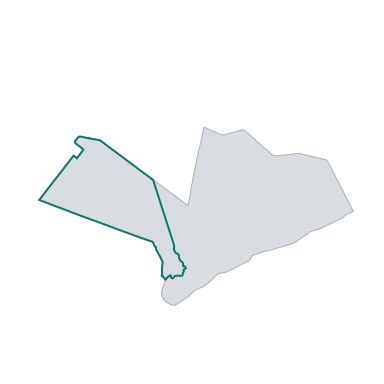 Jordan, with Mafraq highlighted, rotated 233°
{"feature_id": "JOR-850", "entity_name": "Mafraq", "entity_type": "Province", "adm_level": 1, "iso_a3": "JOR", "parent_name": "Jordan", "parent_adm1": "", "projection": "mercator", "projection_center": [37.07, 32.534], "detail": "fine", "context": "in_parent", "style": "outline", "palette": "teal", "viewbox_px": 384, "rotation_deg": 233, "n_neighbors": 0, "source": "natural_earth", "source_scale": "10m", "svg_char_len": 2858}
<svg xmlns="http://www.w3.org/2000/svg" viewBox="0 0 384 384"><g transform="rotate(233 192 192)"><path d="M122.9,104.6L128.4,105.9L131.6,108.8L137.0,117.0L145.3,119.3L148.6,121.7L153.2,126.0L158.7,127.6L176.3,130.3L190.3,121.2L202.1,113.5L215.6,104.7L224.8,98.7L240.4,88.6L250.7,82.1L264.2,73.6L277.6,65.2L281.3,78.9L284.9,92.3L288.7,106.1L292.3,119.5L288.4,120.7L291.5,131.0L296.6,129.4L302.1,128.2L304.5,134.8L296.8,142.1L289.2,149.2L287.4,150.0L277.4,152.9L257.0,159.0L243.3,163.0L225.8,168.2L211.3,172.5L196.9,176.7L183.5,180.7L191.1,188.9L202.8,201.6L210.5,210.0L219.7,220.8L227.8,230.4L236.5,240.6L230.4,244.0L220.4,249.7L219.4,250.7L218.5,251.8L214.4,261.9L211.1,269.9L210.0,270.9L196.0,273.8L181.9,276.7L173.0,278.6L170.4,280.6L164.5,290.5L158.5,300.7L148.5,309.0L137.4,318.2L134.7,318.8L126.6,317.4L112.9,315.0L99.6,312.7L90.6,311.1L79.5,309.1L81.2,301.3L80.7,297.1L83.3,283.3L84.8,276.7L85.6,271.9L89.4,262.1L88.9,258.9L89.7,247.5L89.4,245.3L91.1,239.1L94.3,230.1L97.5,222.4L98.7,218.9L101.9,211.5L104.8,202.4L103.3,197.5L102.8,196.5L104.0,190.8L104.0,190.7L105.4,181.4L106.2,176.3L107.9,169.7L111.0,164.0L109.6,150.6L109.8,143.4L111.7,135.1L110.6,125.5L111.6,111.7L111.8,110.4L112.9,108.7L113.7,107.8L120.1,105.0L122.9,104.6Z" fill="#d9dde1" stroke="#a8b0b8" stroke-width="1"/><path d="M175.7,130.5L176.3,130.3L184.7,124.6L192.6,119.4L198.3,115.7L207.2,110.0L211.3,107.4L216.1,104.3L225.0,98.6L233.8,92.9L240.4,88.6L249.5,82.9L253.9,80.1L264.9,73.1L277.6,65.2L280.0,74.1L282.2,82.0L284.0,88.6L286.3,97.4L288.8,106.4L292.3,119.3L288.3,120.5L288.2,120.5L288.3,120.8L290.8,129.6L291.2,130.5L291.7,130.8L301.5,128.1L302.6,128.7L303.4,130.6L304.4,134.7L303.1,136.7L296.9,142.0L296.9,142.4L296.4,142.6L295.4,143.4L289.2,149.2L287.4,150.0L281.5,151.7L269.9,155.1L258.2,158.5L246.6,161.9L236.8,164.7L234.9,165.3L225.1,168.2L160.7,145.8L158.9,144.7L157.2,143.2L156.3,142.7L153.5,142.4L152.6,142.5L151.9,142.8L151.4,143.2L150.7,143.5L149.9,143.5L149.1,143.3L148.2,142.6L146.1,141.6L144.0,141.4L143.4,141.5L142.8,141.6L141.8,142.1L141.1,142.1L140.3,141.9L139.0,140.9L138.3,140.5L137.8,140.5L137.1,141.2L136.6,141.5L136.0,141.6L135.4,141.5L134.9,141.1L134.6,140.7L134.6,140.1L134.8,139.7L135.0,139.3L135.1,138.9L134.9,138.5L134.4,138.0L133.4,137.6L132.9,136.4L132.2,135.2L131.8,134.9L131.4,134.6L131.1,134.2L131.2,133.6L131.7,132.7L134.0,130.0L134.8,128.5L135.2,128.0L135.2,127.5L135.1,126.6L134.8,126.0L134.5,125.5L134.5,125.0L134.7,124.5L135.4,123.9L136.0,123.8L136.6,124.0L137.6,124.7L138.0,124.8L138.4,124.7L138.8,123.1L138.1,118.0L138.9,118.1L140.8,117.8L141.1,117.8L141.6,118.1L142.0,118.1L142.8,117.4L143.1,117.4L143.6,117.7L145.3,119.4L148.7,121.7L153.2,126.0L154.0,126.5L155.0,126.8L157.9,127.1L158.8,127.6L160.7,127.8L167.7,128.7L169.6,130.1L170.5,129.6L171.6,129.6L174.9,130.5L175.7,130.5Z" fill="none" stroke="#0f766e" stroke-width="2"/></g></svg>